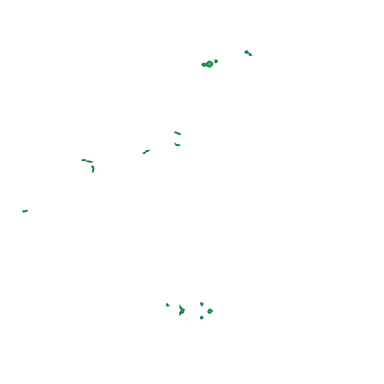 SVG path tracing the border of French Polynesia, rotated 137°
{"feature_id": "PYF", "entity_name": "French Polynesia", "entity_type": "country or territory", "adm_level": 0, "iso_a3": "PYF", "parent_name": "Oceania", "parent_adm1": "", "projection": "robinson", "projection_center": [-142.778, -14.829], "detail": "medium", "context": "isolated", "style": "filled", "palette": "green", "viewbox_px": 384, "rotation_deg": 137, "n_neighbors": 0, "source": "natural_earth", "source_scale": "50m", "svg_char_len": 1929}
<svg xmlns="http://www.w3.org/2000/svg" viewBox="0 0 384 384"><g transform="rotate(137 192 192)"><path d="M94.8,274.9L97.4,275.9L97.9,277.4L97.4,278.5L96.0,278.2L95.4,277.6L94.5,275.8L91.9,276.2L90.2,275.8L89.2,273.4L89.1,272.3L89.6,271.6L91.4,270.9L93.7,271.4L94.6,272.8L94.8,274.9ZM280.6,109.9L283.3,110.9L284.2,110.8L283.3,111.9L280.6,112.5L279.7,113.0L278.6,112.6L278.0,111.4L280.6,109.9ZM261.6,93.7L259.8,94.2L258.9,94.1L258.3,92.4L258.5,91.3L258.8,91.0L261.9,91.4L262.1,92.2L262.1,92.9L261.6,93.7ZM57.1,258.1L56.4,258.2L55.7,257.8L55.8,255.7L56.0,255.3L57.0,256.0L57.9,257.9L57.1,258.1ZM85.9,271.9L85.4,272.5L84.6,272.1L84.3,271.6L84.2,271.0L84.3,270.4L86.0,270.4L86.5,270.7L85.9,271.9ZM271.0,94.3L269.8,94.4L269.6,93.4L270.0,92.9L270.5,92.6L271.4,92.9L271.8,93.4L271.8,93.8L271.0,94.3ZM261.5,104.3L261.1,104.7L260.4,103.4L260.3,102.9L261.6,102.3L262.3,102.6L261.5,104.3ZM161.3,241.7L163.7,247.2L163.4,247.2L162.7,246.1L162.0,244.2L161.4,243.4L161.3,241.7ZM247.8,278.3L247.9,278.7L247.1,278.6L247.1,277.8L247.9,276.2L248.7,275.5L250.0,274.8L250.7,274.5L250.9,274.7L248.4,276.2L247.7,277.3L247.4,278.0L247.5,278.2L247.8,278.3ZM287.3,126.8L286.6,127.1L286.6,124.9L287.5,125.4L287.8,125.7L287.6,126.3L287.3,126.8ZM247.4,285.2L247.6,285.8L246.9,285.4L246.3,284.4L245.1,283.1L244.9,282.5L245.7,283.0L247.4,285.2ZM56.0,253.6L55.7,253.7L55.3,253.4L55.2,252.8L55.3,251.9L56.5,252.9L56.0,253.6ZM279.9,114.7L278.6,116.4L278.6,114.6L279.1,114.4L279.5,114.4L279.9,114.7ZM328.8,292.5L328.5,293.0L328.4,292.6L326.3,291.4L325.8,291.3L325.5,291.0L325.9,290.9L326.5,291.1L328.2,292.0L328.8,292.5ZM171.5,237.0L171.3,238.0L171.0,237.1L169.5,235.0L170.0,235.1L171.5,237.0ZM250.0,289.1L250.3,289.9L248.4,288.8L248.3,288.2L250.0,289.1ZM200.5,252.8L201.5,253.8L200.2,253.1L198.5,252.8L199.2,252.7L200.5,252.8ZM198.2,253.1L197.4,253.2L195.7,252.0L196.4,252.0L197.4,252.8L198.2,253.1Z" fill="#22c55e" stroke="#15803d" stroke-width="1.5"/></g></svg>